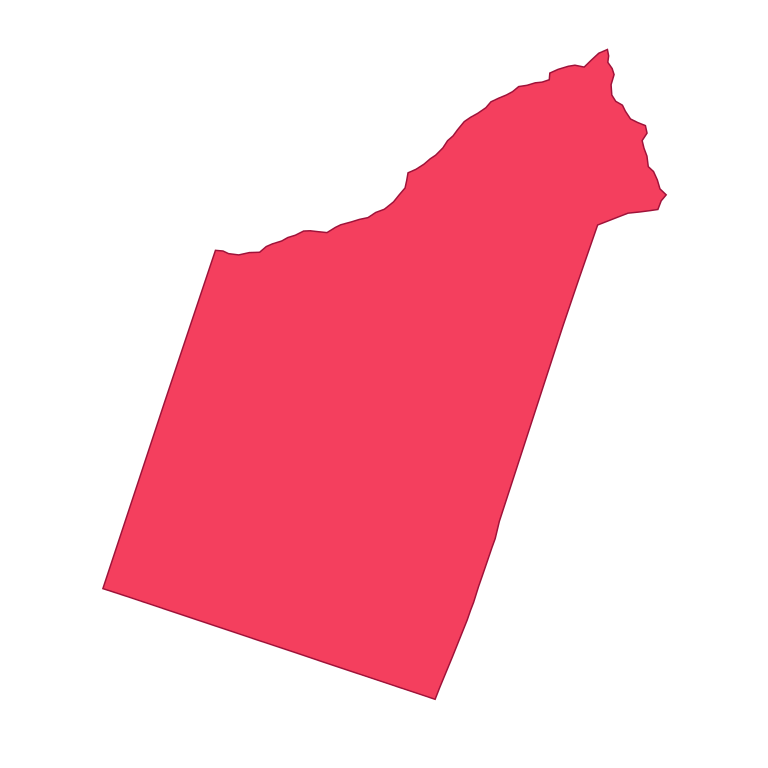 Glória de Dourados, Mato Grosso do Sul, Brazil, rotated 266°
{"feature_id": "56859067B89465609362006", "entity_name": "Glória de Dourados", "entity_type": "district", "adm_level": 2, "iso_a3": "BRA", "parent_name": "Brazil", "parent_adm1": "Mato Grosso do Sul", "projection": "orthographic", "projection_center": [-54.122, -22.429], "detail": "fine", "context": "isolated", "style": "filled", "palette": "rose", "viewbox_px": 768, "rotation_deg": 266, "n_neighbors": 0, "source": "geoboundaries", "source_scale": "gbopen_adm2", "svg_char_len": 1463}
<svg xmlns="http://www.w3.org/2000/svg" viewBox="0 0 768 768"><g transform="rotate(266 384 384)"><path d="M199.5,89.3L190.4,111.8L155.1,197.2L137.5,239.7L119.1,284.4L110.8,304.2L65.9,413.0L77.1,418.3L106.8,433.1L142.7,450.5L152.3,454.6L160.0,458.2L175.1,464.1L185.6,468.6L199.3,474.4L213.6,480.4L221.9,484.1L239.0,489.5L423.1,564.0L429.5,566.6L461.0,579.8L475.5,585.9L527.7,608.2L537.4,639.3L537.8,651.4L538.4,661.6L539.0,669.4L547.4,673.3L553.0,678.7L559.4,672.9L568.5,670.9L577.1,667.7L582.4,662.8L593.0,662.2L601.1,659.8L608.8,658.5L615.9,663.9L623.5,662.8L627.2,655.2L631.2,648.4L639.3,643.8L645.5,641.3L649.8,634.9L656.4,631.4L666.7,631.4L676.6,635.1L682.8,633.6L689.3,629.7L695.6,631.0L702.1,630.2L699.0,621.3L692.8,613.6L686.2,605.8L688.7,596.7L688.1,590.0L685.7,579.5L682.6,571.1L676.0,570.1L674.1,562.7L673.9,555.9L672.0,547.6L671.3,539.1L666.7,532.7L663.8,526.3L661.2,518.5L658.0,510.3L652.5,504.9L647.5,496.4L644.1,489.1L640.2,482.4L632.6,475.2L626.7,470.2L622.3,464.4L615.4,459.2L608.6,451.4L605.5,445.9L600.5,439.2L595.9,430.8L593.0,422.7L585.3,420.8L578.1,418.7L571.9,412.6L565.0,406.2L558.3,396.5L555.7,387.7L551.1,379.6L549.9,370.9L548.0,362.8L545.9,352.1L543.6,346.4L539.0,337.7L540.6,328.6L542.0,321.1L542.2,314.5L538.6,305.9L536.8,298.2L533.8,291.9L531.6,282.5L529.3,276.1L524.1,269.1L524.5,258.9L522.9,248.1L524.9,238.0L527.9,232.7L529.1,225.2L380.3,163.5L313.7,136.2L199.5,89.3Z" fill="#f43f5e" stroke="#9f1239" stroke-width="1.5"/></g></svg>